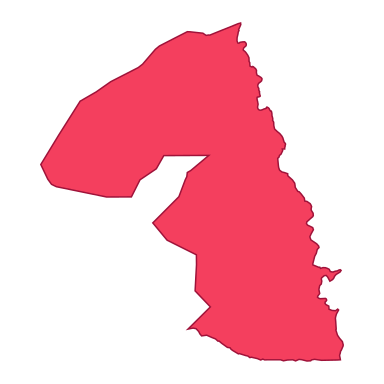 Abejones, Oaxaca, Mexico (Mercator projection)
{"feature_id": "50627088B68012167176325", "entity_name": "Abejones", "entity_type": "district", "adm_level": 2, "iso_a3": "MEX", "parent_name": "Mexico", "parent_adm1": "Oaxaca", "projection": "mercator", "projection_center": [-96.608, 17.49], "detail": "fine", "context": "isolated", "style": "filled", "palette": "rose", "viewbox_px": 384, "rotation_deg": 0, "n_neighbors": 0, "source": "geoboundaries", "source_scale": "gbopen_adm2", "svg_char_len": 4355}
<svg xmlns="http://www.w3.org/2000/svg" viewBox="0 0 384 384"><path d="M240.0,42.3L239.6,42.8L238.8,43.2L237.8,43.0L237.0,40.8L237.1,37.7L238.0,33.9L238.2,32.2L239.0,30.5L238.6,29.7L240.8,24.6L240.6,23.0L239.6,23.3L238.3,23.6L209.8,35.1L208.5,35.0L206.1,35.4L202.9,33.2L190.0,31.8L187.3,31.7L175.3,37.8L159.4,46.0L155.4,49.3L142.6,64.2L138.2,67.6L110.7,81.7L96.2,91.9L80.1,101.2L79.2,102.7L58.9,134.8L40.8,164.5L47.8,179.2L51.5,184.3L53.9,185.5L56.4,186.7L106.6,197.0L131.4,196.9L140.0,179.8L156.3,168.8L163.8,155.6L208.8,155.4L190.8,170.5L187.3,172.5L186.8,176.7L185.3,179.7L178.9,196.7L152.8,222.9L167.1,240.2L196.4,254.8L196.5,264.8L195.1,290.9L210.4,306.9L188.0,329.1L190.9,328.5L193.1,328.1L196.1,328.7L198.7,331.5L199.9,333.9L201.6,335.9L206.7,335.2L211.9,337.5L215.5,338.9L217.9,341.1L219.1,341.1L221.7,343.3L227.4,347.4L230.1,347.8L230.9,349.1L232.4,350.3L238.4,353.9L239.4,353.6L245.8,355.6L247.8,356.0L249.9,357.6L251.3,357.2L257.4,358.6L260.7,360.0L262.8,359.1L264.7,359.9L267.0,359.8L280.6,359.8L283.5,360.8L287.5,360.0L292.8,359.8L295.6,360.9L299.0,359.4L301.8,359.7L306.9,361.0L310.7,360.8L311.5,359.9L314.6,359.3L317.8,359.8L321.6,360.3L337.3,360.0L340.4,359.8L339.9,357.1L339.6,355.6L339.8,354.4L340.2,353.4L340.6,351.2L341.3,350.2L343.1,346.0L343.2,344.8L342.4,341.6L339.5,338.2L337.5,335.2L335.8,329.8L336.2,329.3L335.7,321.4L335.4,318.2L335.8,316.2L336.5,313.9L338.6,310.0L337.7,309.1L335.6,310.7L331.9,310.4L329.0,309.2L328.8,306.1L326.0,304.6L325.0,303.4L325.2,301.9L326.0,301.3L326.7,300.1L326.2,298.9L325.5,298.4L320.3,298.7L318.6,298.2L317.5,297.2L317.9,295.9L319.7,293.5L318.9,289.4L319.7,285.6L321.3,284.0L321.8,281.1L321.3,278.9L321.7,277.8L324.2,275.7L326.2,275.4L327.7,277.1L329.9,281.2L332.6,279.6L333.8,278.1L334.5,276.4L336.1,274.5L340.1,272.0L341.1,270.4L340.2,269.7L338.7,270.1L337.4,270.9L335.3,271.2L334.3,271.5L333.2,272.0L331.8,271.9L330.3,271.5L329.2,269.3L327.2,268.3L325.4,267.7L322.9,267.6L320.5,268.4L319.8,267.2L318.8,267.3L312.9,264.9L312.8,263.8L314.7,256.3L316.3,253.3L316.8,251.3L317.1,249.9L317.8,248.8L319.0,247.6L318.7,246.1L316.8,243.9L310.9,239.9L309.8,236.8L311.0,234.1L313.4,229.7L312.7,227.6L310.3,226.4L307.5,225.1L306.5,223.6L306.8,221.9L309.9,219.1L312.8,216.6L313.3,215.5L313.1,213.2L311.3,210.3L311.1,209.0L311.6,206.6L310.8,204.7L310.1,203.6L306.9,201.4L304.8,201.1L304.3,198.1L301.2,194.0L299.2,191.8L297.8,191.4L295.2,187.3L295.1,185.8L294.7,183.2L292.4,179.9L288.1,176.1L287.7,175.2L287.7,173.7L284.2,172.5L282.0,172.0L279.6,170.2L278.7,167.7L278.4,165.7L277.7,158.3L278.9,157.3L279.5,155.4L281.0,154.2L282.7,150.6L282.3,149.0L284.7,149.0L284.7,147.8L285.1,146.5L285.1,145.9L285.1,145.5L285.4,144.9L285.5,144.4L285.5,143.9L285.2,143.3L284.1,142.1L282.8,137.8L281.8,136.0L279.7,133.5L277.2,131.5L275.9,130.2L275.0,129.5L274.5,128.6L274.1,126.9L273.8,125.4L273.7,122.5L273.5,121.8L273.2,121.2L272.6,120.5L272.8,119.1L272.7,118.3L272.4,117.0L272.1,116.1L272.0,115.6L271.9,113.5L271.6,111.9L271.3,111.1L270.6,111.1L269.7,109.8L269.2,108.7L268.8,108.2L268.2,107.7L267.6,107.4L267.1,107.1L266.8,107.1L266.4,108.0L266.2,107.9L265.8,108.4L265.2,108.7L264.1,108.9L262.9,109.5L261.2,110.1L259.9,110.2L259.3,110.0L258.6,109.5L258.2,109.1L258.0,108.8L257.8,108.4L257.6,107.5L257.6,106.9L257.7,106.2L257.8,105.7L257.9,105.3L258.1,104.1L258.0,103.7L257.8,103.0L257.8,102.6L257.7,102.1L257.6,101.5L257.3,100.4L257.0,98.8L257.1,97.9L257.1,97.5L257.2,97.2L257.5,97.1L257.9,97.0L258.4,97.0L258.6,96.9L259.6,96.6L260.1,96.3L260.2,96.0L260.2,95.7L259.9,95.0L259.8,94.4L259.7,93.9L259.4,92.4L259.6,92.1L259.6,91.7L259.3,91.2L258.9,90.3L258.7,89.8L258.9,89.1L258.7,88.2L258.3,87.7L258.0,87.1L257.8,86.0L257.8,85.0L258.2,84.1L258.7,83.3L259.4,82.7L260.5,81.9L261.1,81.3L261.6,80.8L261.8,80.0L262.0,79.2L262.0,78.8L261.9,78.5L261.4,77.9L260.9,77.4L258.9,76.1L257.5,75.4L256.9,74.9L256.4,72.5L256.5,70.4L255.7,68.8L255.1,68.2L254.4,67.8L253.8,67.1L253.4,66.8L252.8,66.5L252.6,66.8L252.2,66.9L251.9,67.0L250.6,66.4L250.0,66.1L249.9,65.3L249.8,64.2L249.8,62.7L249.3,61.8L249.0,61.2L249.1,60.3L249.0,59.2L249.0,57.9L248.4,56.5L247.7,55.1L247.0,54.1L246.1,52.8L245.3,51.8L244.4,51.0L243.4,50.3L243.2,49.8L243.6,48.3L243.7,48.1L243.9,47.7L244.7,47.0L245.1,46.7L245.7,46.1L246.1,45.7L246.2,45.0L246.3,44.4L246.1,43.4L245.4,42.4L244.6,41.8L242.5,41.9L240.0,42.3Z" fill="#f43f5e" stroke="#9f1239" stroke-width="1.5"/></svg>